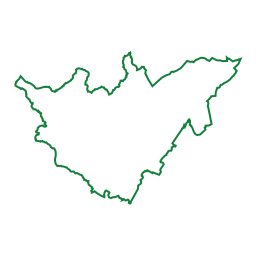 Chinantla, Puebla, Mexico (Albers equal-area conic projection)
{"feature_id": "50627088B55612917364401", "entity_name": "Chinantla", "entity_type": "district", "adm_level": 2, "iso_a3": "MEX", "parent_name": "Mexico", "parent_adm1": "Puebla", "projection": "albers", "projection_center": [-98.289, 18.228], "detail": "fine", "context": "isolated", "style": "outline", "palette": "green", "viewbox_px": 256, "rotation_deg": 0, "n_neighbors": 0, "source": "geoboundaries", "source_scale": "gbopen_adm2", "svg_char_len": 5635}
<svg xmlns="http://www.w3.org/2000/svg" viewBox="0 0 256 256"><path d="M240.6,58.9L232.7,61.4L229.4,58.8L229.0,59.0L228.2,58.7L226.8,57.5L227.1,61.0L222.4,61.1L220.4,60.4L217.8,60.4L216.3,60.1L212.3,57.9L209.4,61.0L207.1,59.9L205.4,58.6L203.6,58.0L200.9,57.8L195.3,60.3L193.7,62.2L192.2,61.5L190.8,61.9L187.0,61.0L181.7,67.2L180.3,68.5L176.9,70.5L173.5,72.0L172.2,71.6L171.3,71.9L169.6,74.2L165.7,75.5L161.9,77.6L152.4,86.2L147.9,78.8L147.1,77.0L146.7,76.5L146.7,75.9L146.0,75.1L145.8,74.1L145.3,73.6L145.7,70.8L146.0,70.4L145.6,69.6L144.6,68.9L144.1,68.1L144.1,67.1L143.4,66.8L142.9,67.1L142.2,66.9L142.2,67.2L141.5,67.3L141.5,67.6L139.4,69.2L138.2,69.4L137.8,69.9L137.0,70.1L137.2,68.9L136.4,66.5L134.5,65.1L133.2,64.6L132.1,63.5L132.1,62.7L131.7,61.6L132.1,61.0L131.9,59.0L131.0,57.5L131.4,57.4L131.3,57.0L130.6,56.5L130.6,55.8L130.2,55.4L130.0,54.5L130.5,52.9L130.3,52.5L129.8,53.0L129.2,53.0L128.7,53.7L128.7,54.2L127.7,55.2L126.5,55.9L124.9,55.9L125.0,56.6L124.7,56.9L123.5,57.6L123.6,59.5L122.9,61.1L122.8,61.7L123.1,62.2L123.0,63.2L123.8,65.0L123.5,65.9L123.7,66.6L123.2,66.9L123.2,67.2L124.1,67.6L124.5,69.2L125.9,70.2L126.4,72.5L127.7,73.4L127.2,74.3L126.6,74.3L126.3,75.0L126.5,75.6L126.1,76.0L126.1,76.3L126.5,76.9L125.6,77.5L125.2,79.1L123.6,80.0L123.0,81.1L121.9,80.9L121.7,80.6L120.7,80.7L120.8,81.0L118.9,84.8L119.5,85.6L119.4,86.3L118.5,87.0L117.3,86.8L115.4,87.9L114.3,89.9L113.0,90.1L112.1,92.9L110.3,94.1L109.4,94.2L109.1,94.5L108.3,92.1L107.2,90.7L106.8,89.6L106.2,89.4L105.6,89.6L104.9,88.7L104.4,88.6L104.0,87.4L102.4,87.3L101.4,86.6L100.6,87.5L98.4,88.3L97.2,89.2L95.0,89.2L94.6,90.1L93.2,90.6L91.5,92.8L89.6,91.6L88.0,91.6L87.9,90.5L87.3,90.0L87.1,89.0L87.8,86.1L86.6,84.6L85.4,84.6L85.4,84.1L85.6,81.6L86.8,80.1L87.0,77.9L87.4,77.0L88.5,76.2L88.5,74.8L88.8,73.7L88.5,72.6L87.4,71.6L85.6,70.9L85.5,70.6L84.7,70.0L83.3,69.9L82.0,68.8L81.5,69.2L80.7,68.8L78.8,68.3L78.1,68.6L77.1,68.7L76.5,69.9L76.1,69.9L76.2,71.7L75.8,73.3L75.1,73.4L72.9,75.4L72.9,78.1L72.5,78.3L72.2,79.1L71.1,79.7L71.0,80.4L67.5,82.6L66.5,83.1L65.8,82.9L64.3,84.6L64.1,84.6L63.6,85.8L63.2,85.7L62.7,86.0L62.5,86.7L61.8,86.9L61.7,87.4L57.8,89.8L57.2,89.7L56.6,90.9L55.6,90.5L54.9,91.9L51.8,90.7L51.2,89.9L51.0,89.1L50.4,88.1L49.5,87.7L49.2,86.8L47.8,87.0L46.0,86.7L45.7,87.0L44.6,86.8L38.5,88.5L36.3,88.5L35.6,88.2L34.2,86.2L31.0,83.7L29.3,82.9L28.4,82.9L27.8,82.4L27.3,82.4L27.1,81.9L25.9,81.8L25.2,81.3L20.6,76.2L19.1,79.0L16.7,81.2L16.8,81.6L16.5,81.9L15.9,82.2L16.0,83.0L15.4,84.2L15.5,85.6L18.3,87.4L19.8,87.8L20.7,88.9L21.4,88.9L21.9,88.4L22.1,88.7L23.1,88.8L25.5,90.7L26.1,91.9L26.0,93.6L26.6,94.6L26.2,95.5L26.3,96.6L28.5,98.9L29.7,99.7L29.8,100.6L30.9,102.5L31.7,103.3L32.5,102.9L32.8,103.2L32.5,104.3L31.6,105.4L31.6,106.5L32.2,107.7L33.5,108.9L33.6,109.4L35.6,109.3L37.7,111.3L38.3,110.8L38.8,111.9L39.4,111.8L39.6,112.0L39.5,112.7L39.8,113.0L41.1,113.2L41.2,113.5L40.7,114.0L40.9,116.3L41.5,116.5L42.2,118.7L42.8,119.1L42.6,120.5L42.9,121.0L44.8,121.7L45.5,122.8L44.7,123.3L44.6,124.0L46.3,125.8L46.1,126.4L45.1,126.7L43.4,126.3L42.9,125.5L41.7,125.6L40.0,126.0L37.8,127.8L37.6,129.7L36.0,131.7L36.4,132.4L38.8,133.0L38.8,134.1L38.5,134.6L36.9,134.9L35.9,135.7L35.4,137.0L35.3,138.8L35.9,139.0L35.9,140.6L36.4,140.8L38.2,140.9L38.9,141.3L40.3,141.1L40.6,141.6L42.4,141.0L43.2,141.8L44.1,141.7L44.7,142.4L45.3,142.6L46.1,142.3L48.1,144.2L48.7,144.3L50.1,145.4L50.5,146.0L50.7,147.0L51.5,147.3L51.8,147.9L52.7,148.4L53.0,148.2L54.3,148.4L55.5,151.0L55.7,152.9L55.8,155.3L55.0,159.2L55.0,160.9L55.7,163.9L57.2,165.8L57.5,166.0L58.3,165.7L59.3,166.1L61.0,165.8L61.6,166.4L63.7,166.5L67.0,167.7L67.5,168.5L69.9,170.1L70.2,170.9L71.2,171.6L73.7,171.5L75.3,173.4L76.9,173.0L79.9,174.6L81.8,175.2L82.7,176.6L83.0,177.3L82.9,177.5L84.4,179.1L84.1,179.7L85.7,179.9L85.8,180.6L87.1,181.1L88.2,181.1L87.8,181.8L88.3,182.2L88.1,182.8L88.7,184.6L91.2,186.5L91.9,187.1L91.8,188.1L92.8,188.5L92.3,189.8L91.2,190.9L91.8,191.9L91.8,192.6L94.7,191.3L97.3,193.4L101.6,196.0L104.3,197.1L104.4,195.6L104.0,194.9L104.6,192.6L105.5,190.8L106.3,190.5L109.4,192.4L108.3,195.0L108.9,197.1L110.7,198.1L113.5,197.1L115.2,197.1L118.3,195.8L118.8,196.3L119.2,197.8L120.8,198.2L121.9,199.7L122.7,199.6L122.4,200.1L122.9,199.9L123.0,199.1L124.2,199.3L125.4,200.5L127.2,200.0L127.9,199.6L128.6,200.1L128.8,200.9L129.3,201.3L128.8,202.9L130.1,203.5L130.7,202.9L130.9,201.7L137.7,189.4L138.2,186.8L138.1,185.9L138.4,185.3L140.5,183.9L141.2,183.0L141.0,181.1L140.5,180.0L141.8,179.1L142.9,177.7L142.7,176.4L142.5,176.1L142.3,176.4L141.7,176.0L141.6,175.0L142.6,173.1L143.8,171.9L145.0,171.5L145.1,171.1L146.8,171.3L147.3,170.3L152.6,173.2L153.0,172.4L159.1,174.8L159.7,174.0L160.9,171.8L160.8,171.0L160.2,170.1L160.5,169.1L163.7,164.4L163.4,163.3L162.8,162.7L161.9,162.3L160.7,162.3L160.4,161.3L161.0,160.1L162.4,158.2L165.2,155.4L166.4,155.0L166.6,153.9L168.4,151.4L168.5,151.0L169.3,150.7L171.3,150.7L171.8,149.4L171.7,147.5L173.4,146.3L175.4,146.5L175.7,145.6L173.8,144.9L172.4,143.3L181.9,129.3L182.0,128.5L183.0,128.2L184.1,125.1L184.9,126.9L186.6,122.8L188.3,121.9L187.9,120.7L189.1,119.4L190.0,120.6L189.8,124.8L190.2,124.8L191.3,125.9L191.1,126.2L192.3,127.7L193.9,132.0L195.3,134.0L196.5,134.8L197.6,135.0L200.2,134.5L205.4,129.7L204.7,127.6L205.6,127.2L205.6,125.7L208.9,125.5L211.6,124.2L208.2,107.1L207.8,106.7L208.3,103.8L208.2,102.1L207.1,101.2L210.9,97.3L211.2,96.3L215.5,95.9L215.8,92.1L217.2,87.9L217.4,87.7L218.7,87.8L219.9,86.9L220.1,85.9L220.8,84.9L221.8,84.9L224.2,83.0L226.6,82.0L229.9,79.6L232.7,76.2L233.7,75.7L234.3,74.4L235.6,73.2L235.9,71.9L236.7,70.8L234.2,68.1L238.3,64.1L240.6,58.9Z" fill="none" stroke="#15803d" stroke-width="2"/></svg>